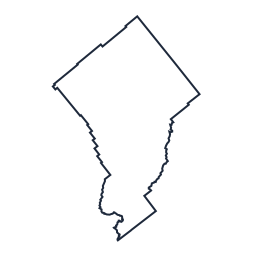 Fremont, Wyoming, United States of America (Albers equal-area conic projection), rotated 232°
{"feature_id": "52423323B51643539353926", "entity_name": "Fremont", "entity_type": "district", "adm_level": 2, "iso_a3": "USA", "parent_name": "United States of America", "parent_adm1": "Wyoming", "projection": "albers", "projection_center": [-109.435, 43.135], "detail": "fine", "context": "isolated", "style": "outline", "palette": "slate", "viewbox_px": 256, "rotation_deg": 232, "n_neighbors": 0, "source": "geoboundaries", "source_scale": "gbopen_adm2", "svg_char_len": 2220}
<svg xmlns="http://www.w3.org/2000/svg" viewBox="0 0 256 256"><g transform="rotate(232 128 128)"><path d="M207.0,94.4L203.1,94.5L203.2,97.0L167.1,97.8L167.1,98.8L166.2,98.8L155.5,99.0L155.5,97.7L147.8,97.8L147.8,95.2L140.1,95.3L140.1,92.7L132.5,92.8L132.5,89.0L124.8,89.0L124.8,86.4L117.1,86.5L117.1,85.2L101.9,85.2L101.9,78.2L100.3,77.1L97.8,72.5L96.1,71.6L95.3,69.6L93.0,68.8L92.8,68.1L92.2,66.3L91.4,65.6L89.4,65.5L88.5,62.0L87.3,61.9L86.4,59.7L85.1,59.2L84.5,57.8L82.6,57.6L82.4,56.2L80.1,57.0L78.6,55.7L77.0,55.6L76.1,56.6L75.2,57.0L74.9,56.6L73.9,57.5L72.9,58.1L71.0,60.2L70.4,62.2L69.9,63.1L70.0,64.0L70.3,64.9L69.8,65.4L69.1,65.4L68.2,65.8L67.5,66.1L66.8,66.1L66.0,66.4L65.3,66.9L64.8,67.4L64.4,67.7L64.0,67.6L63.9,67.8L63.4,68.1L62.9,68.4L62.7,68.8L62.2,68.9L61.9,68.8L61.3,68.5L60.9,68.1L60.5,67.9L60.2,67.9L60.0,67.7L60.0,67.4L59.8,67.2L59.6,67.3L59.0,67.6L58.4,67.1L58.2,66.5L58.4,66.0L58.1,65.5L58.2,64.9L58.7,64.6L59.2,64.5L59.8,64.4L60.3,64.2L60.6,63.9L60.7,63.7L60.0,63.4L59.8,63.1L59.9,62.6L60.1,62.5L60.1,61.6L59.8,61.3L58.8,60.4L58.5,59.9L58.6,59.1L58.5,58.5L58.0,58.2L57.4,58.0L57.4,57.0L58.0,56.3L58.1,55.5L57.3,55.6L56.6,56.0L54.2,56.3L52.4,55.1L50.3,55.5L49.3,55.9L48.9,55.6L48.9,55.3L48.9,55.1L49.0,54.8L48.9,54.6L48.7,54.4L48.2,54.4L47.8,54.3L47.8,53.9L47.8,53.6L47.8,53.3L47.7,53.2L47.5,52.8L47.4,52.6L47.3,52.3L47.1,52.0L46.9,51.8L47.0,51.6L46.9,51.3L46.0,50.8L45.7,50.8L45.5,67.3L45.6,67.9L45.4,98.8L64.5,99.1L64.5,102.0L64.5,107.7L65.8,107.7L67.4,107.0L68.3,107.7L68.0,110.8L69.7,112.7L68.9,115.2L69.3,115.8L68.4,116.6L69.4,118.1L69.8,119.9L69.5,121.1L70.5,122.1L71.0,125.3L72.4,125.7L73.0,129.0L74.9,129.9L76.9,132.7L77.4,134.8L76.6,135.7L77.3,137.3L77.4,139.0L80.6,139.2L81.3,140.5L83.0,140.8L83.8,142.8L85.2,143.0L86.6,144.1L87.4,145.5L89.2,144.9L90.7,147.2L91.7,149.4L92.0,151.3L92.8,152.9L94.9,153.6L95.8,155.7L97.2,157.3L99.6,158.3L98.5,158.9L97.9,160.6L98.7,161.2L100.6,160.6L101.6,162.1L104.7,163.3L103.7,164.2L104.9,165.9L104.6,167.2L108.6,167.2L108.9,190.2L110.6,190.2L110.6,205.2L150.1,204.9L210.3,204.0L209.9,188.8L208.7,188.8L207.9,158.1L210.6,158.0L210.4,150.3L209.8,127.4L208.9,127.4L208.2,96.9L207.0,96.9L207.0,94.4Z" fill="none" stroke="#1e293b" stroke-width="2"/></g></svg>